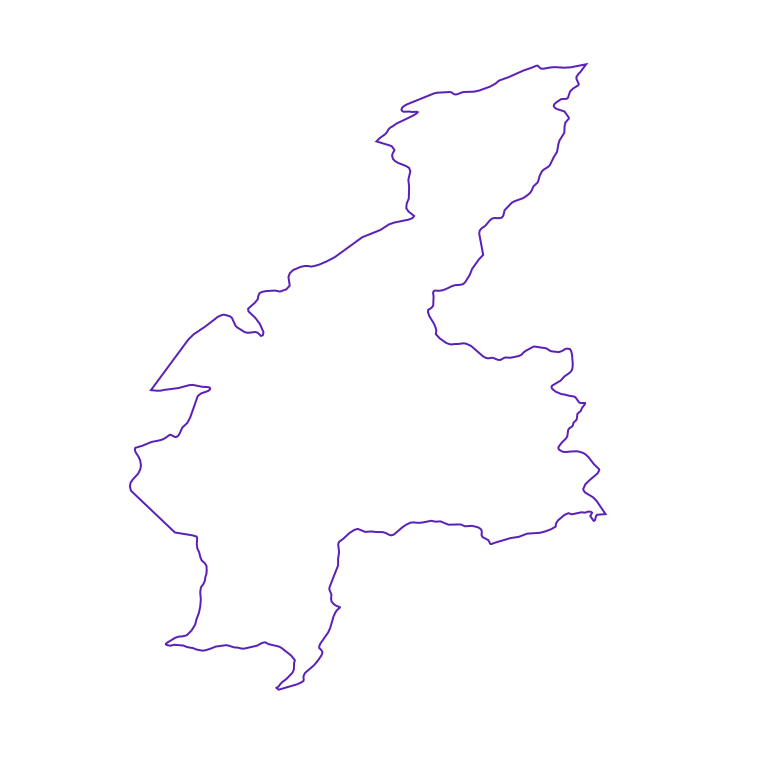 Udon Thani, Equal Earth projection, rotated 75°
{"feature_id": "THA-448", "entity_name": "Udon Thani", "entity_type": "Province", "adm_level": 1, "iso_a3": "THA", "parent_name": "Thailand", "parent_adm1": "", "projection": "equal_earth", "projection_center": [102.887, 17.458], "detail": "fine", "context": "isolated", "style": "outline", "palette": "violet", "viewbox_px": 768, "rotation_deg": 75, "n_neighbors": 0, "source": "natural_earth", "source_scale": "10m", "svg_char_len": 6165}
<svg xmlns="http://www.w3.org/2000/svg" viewBox="0 0 768 768"><g transform="rotate(75 384 384)"><path d="M385.1,641.7L382.7,641.6L381.3,640.7L381.1,633.5L379.8,623.6L380.3,616.3L380.3,612.6L379.6,609.4L377.7,604.4L377.8,603.2L381.2,599.5L381.4,598.2L380.9,596.5L379.6,594.8L373.9,590.1L370.7,584.1L366.2,579.9L347.4,567.0L345.8,563.2L345.2,555.7L344.2,553.5L343.2,553.0L342.2,553.5L341.5,554.7L339.6,560.4L335.3,569.1L334.7,572.5L334.7,583.7L332.8,597.8L332.6,601.5L331.9,604.6L329.6,610.7L290.2,561.2L286.7,554.9L282.2,541.7L276.1,527.1L275.5,523.5L275.5,520.8L278.3,515.9L279.5,514.6L280.8,513.8L289.6,512.3L291.4,511.1L297.9,505.1L299.1,502.8L299.6,500.8L300.4,495.0L301.7,492.8L305.7,490.4L305.6,488.5L302.7,487.0L294.1,488.3L286.8,491.2L278.8,496.1L276.1,495.8L272.1,487.7L269.5,484.1L266.2,482.5L263.9,480.5L263.5,477.5L263.7,474.0L265.5,465.2L267.8,460.5L267.3,453.9L264.6,449.6L255.9,448.6L252.7,446.4L250.4,442.3L249.3,434.4L249.5,430.1L250.4,426.7L251.7,424.2L252.0,420.7L251.9,415.6L250.6,407.0L248.7,398.6L236.6,367.1L234.3,347.7L231.1,337.8L230.7,332.4L231.6,317.7L231.1,313.5L229.5,311.4L223.7,315.7L220.0,317.0L215.6,315.4L211.2,312.0L200.0,308.7L193.0,307.6L185.3,303.5L181.8,303.8L179.0,306.5L173.9,313.4L171.4,315.7L168.9,317.1L165.6,317.1L163.7,316.1L160.7,313.3L156.1,315.1L147.7,328.5L145.6,325.0L142.8,317.7L141.2,315.6L139.3,313.9L137.8,311.2L137.4,309.0L135.7,304.7L132.4,287.0L131.3,283.0L130.2,281.1L129.5,281.9L128.5,286.6L127.3,289.3L126.3,294.0L125.6,295.2L124.6,296.0L123.4,296.1L121.6,294.7L120.5,292.2L119.8,289.2L116.2,260.0L116.4,257.2L119.0,245.0L119.5,243.6L122.3,241.2L122.9,239.9L123.1,237.9L122.6,234.1L122.6,231.3L124.9,221.6L125.2,216.6L124.2,204.6L122.7,198.6L120.9,194.9L120.6,193.4L119.9,184.5L117.3,168.2L116.7,159.3L116.0,154.5L116.3,153.1L119.0,151.6L120.2,150.3L120.8,147.8L121.3,141.5L122.1,137.1L125.1,128.1L126.4,121.9L127.5,106.0L133.7,113.9L135.0,116.2L137.4,118.8L139.8,119.1L144.3,118.2L145.7,118.9L147.6,125.1L149.6,128.6L155.1,132.2L155.8,133.6L154.7,139.3L156.6,144.8L157.9,147.1L158.8,147.9L160.0,148.1L161.8,147.2L163.5,145.3L167.4,139.2L174.3,136.6L175.4,136.7L178.5,141.2L181.9,142.9L188.0,144.8L194.2,151.5L197.5,153.5L204.6,156.8L208.9,161.4L215.5,167.1L216.8,169.4L218.1,173.8L219.3,176.2L223.0,179.6L228.5,182.9L229.3,183.8L231.8,188.5L235.7,191.6L237.4,193.7L239.1,197.4L240.5,201.6L241.2,210.4L241.9,213.5L247.3,222.5L252.3,225.2L253.4,226.6L253.9,228.1L253.3,231.2L252.3,234.0L252.2,237.0L253.4,239.5L257.2,244.9L259.2,250.0L260.0,251.1L260.9,252.0L263.3,253.1L285.0,254.8L288.3,260.2L295.7,269.2L300.8,272.9L306.8,279.4L308.0,281.8L307.9,284.9L306.9,289.8L307.1,293.2L308.3,299.5L308.6,303.0L308.3,306.5L306.9,310.8L307.2,311.9L308.5,313.0L312.1,313.4L321.1,316.2L322.6,318.3L324.0,322.3L326.2,322.9L329.9,322.7L339.2,320.0L343.1,319.6L345.7,319.6L349.4,321.0L354.6,318.2L360.4,313.3L362.5,310.4L363.5,307.9L363.5,306.2L364.6,301.7L365.3,296.5L366.5,294.0L369.8,290.0L382.6,281.4L384.9,279.2L386.1,277.0L386.8,272.1L390.1,267.8L390.9,265.4L389.9,261.3L389.8,259.8L391.4,255.0L391.9,246.5L391.3,243.5L389.7,241.1L388.7,238.7L386.6,230.0L386.9,228.6L391.5,218.1L395.0,214.9L395.8,213.7L398.4,207.0L398.3,204.0L397.1,199.7L397.2,198.1L398.3,195.4L400.7,194.7L404.5,194.8L413.5,196.5L417.1,197.7L419.5,199.1L421.0,201.3L423.5,208.0L426.4,212.4L428.8,221.1L429.3,222.4L430.5,223.0L432.0,222.9L435.8,220.2L439.8,215.1L440.8,212.5L442.9,209.0L445.2,203.9L446.0,202.8L447.5,202.1L452.1,200.4L453.3,199.1L454.3,194.8L455.2,194.9L458.6,199.2L460.7,200.6L462.9,204.9L467.6,206.8L468.7,207.7L470.0,210.3L471.0,211.4L472.9,212.3L473.8,213.5L474.8,216.6L475.5,217.4L476.5,218.2L481.8,220.4L483.6,222.1L486.9,227.9L490.2,231.9L491.4,232.2L492.9,231.8L494.9,229.8L496.0,228.2L496.7,226.4L497.8,219.7L499.1,214.6L500.2,212.4L502.3,209.3L504.1,207.6L507.4,205.5L516.0,201.9L521.7,198.4L522.9,198.3L525.6,200.8L530.4,211.0L533.1,215.6L537.1,218.8L538.6,218.7L540.8,217.9L547.3,211.6L551.7,209.0L567.0,203.7L565.5,211.9L566.1,213.0L570.1,215.5L570.5,216.2L570.4,217.0L565.0,218.9L562.2,216.3L560.8,217.4L560.1,219.9L560.3,223.2L559.0,226.5L558.5,236.4L556.6,239.1L556.7,241.4L557.6,244.6L560.7,251.1L562.6,253.3L564.3,254.5L566.1,255.0L567.5,260.0L568.1,266.2L568.1,271.9L565.6,284.4L566.5,293.3L565.6,301.7L566.0,317.8L566.4,321.7L566.0,322.7L561.9,323.6L557.4,328.4L555.2,328.9L552.2,327.8L550.1,327.7L548.2,328.8L546.7,330.4L543.8,335.6L542.4,342.6L539.6,346.1L539.2,347.3L536.6,358.1L531.3,365.0L530.4,369.6L528.3,374.0L527.8,382.3L527.1,386.5L525.3,391.4L524.8,394.2L525.6,398.8L527.0,403.0L531.7,412.8L532.1,414.3L532.0,416.3L530.9,418.2L528.6,420.6L526.7,423.6L525.3,428.8L523.1,434.7L522.0,440.4L517.2,446.8L517.2,450.2L519.0,455.9L522.9,463.3L524.7,468.0L525.7,469.0L527.2,469.8L534.8,470.9L541.0,473.6L547.3,475.3L566.2,489.2L568.3,490.0L573.9,489.3L578.0,490.8L580.5,490.9L582.6,490.1L584.4,488.9L586.0,487.4L588.0,484.5L588.5,484.4L590.3,488.0L592.1,490.1L595.6,493.0L605.7,499.1L609.6,502.3L618.2,512.6L620.5,514.4L622.3,514.9L624.3,513.6L626.7,512.9L628.3,513.4L630.1,514.8L634.4,519.9L637.7,524.7L642.5,534.8L644.2,536.5L646.0,537.6L648.9,538.1L650.0,538.7L650.9,541.4L651.6,545.8L652.0,564.9L649.7,566.5L648.8,564.0L646.7,561.4L645.6,559.4L643.7,554.7L639.5,547.6L637.9,546.0L636.1,544.8L630.6,543.2L627.7,541.6L622.2,544.0L612.3,551.4L610.5,553.3L605.4,562.8L603.1,565.2L602.6,566.2L602.6,569.0L603.9,574.4L603.4,587.8L602.6,590.2L600.9,593.2L599.6,597.0L596.5,601.8L595.4,604.1L594.1,614.5L594.8,620.6L595.0,625.6L594.5,628.6L591.9,633.9L589.8,636.6L587.2,642.2L584.6,645.7L581.6,654.1L581.5,658.1L579.9,661.4L579.3,662.0L578.6,662.0L577.7,660.3L575.0,651.0L574.9,647.7L575.6,643.9L575.7,640.9L575.5,639.3L572.2,633.6L567.5,628.7L562.5,625.9L557.3,622.1L551.4,619.1L544.7,616.7L537.6,615.4L534.6,614.2L532.7,613.1L530.4,610.1L527.8,608.1L523.9,606.3L521.7,604.8L518.5,603.6L514.1,602.6L512.2,602.9L510.3,603.7L507.4,605.7L504.0,606.2L498.5,606.1L494.5,606.9L490.0,606.2L484.7,604.4L482.9,604.5L480.7,608.0L473.3,624.4L421.5,656.1L417.2,655.9L413.7,654.3L411.2,651.4L407.0,644.7L403.2,641.4L399.6,639.8L395.0,639.3L391.2,639.8L385.1,641.7Z" fill="none" stroke="#5b21b6" stroke-width="2"/></g></svg>